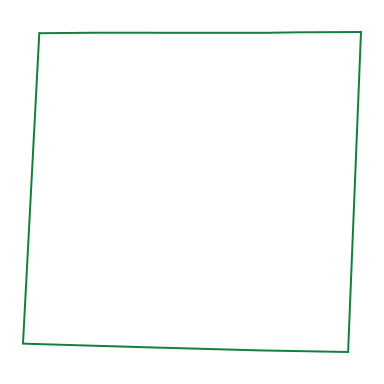 Caswell, North Carolina, United States of America (Albers equal-area conic projection)
{"feature_id": "52423323B10780727675908", "entity_name": "Caswell", "entity_type": "district", "adm_level": 2, "iso_a3": "USA", "parent_name": "United States of America", "parent_adm1": "North Carolina", "projection": "albers", "projection_center": [-79.34, 36.392], "detail": "fine", "context": "isolated", "style": "outline", "palette": "green", "viewbox_px": 384, "rotation_deg": 0, "n_neighbors": 0, "source": "geoboundaries", "source_scale": "gbopen_adm2", "svg_char_len": 337}
<svg xmlns="http://www.w3.org/2000/svg" viewBox="0 0 384 384"><path d="M348.1,352.0L361.0,32.0L300.7,32.3L300.0,32.3L292.3,32.4L265.5,32.8L185.4,32.8L97.5,32.7L97.3,32.7L76.7,32.9L41.8,33.2L39.3,33.1L23.0,343.6L28.4,343.8L157.0,347.6L166.3,347.8L190.5,348.5L259.5,350.4L348.1,352.0Z" fill="none" stroke="#15803d" stroke-width="2"/></svg>